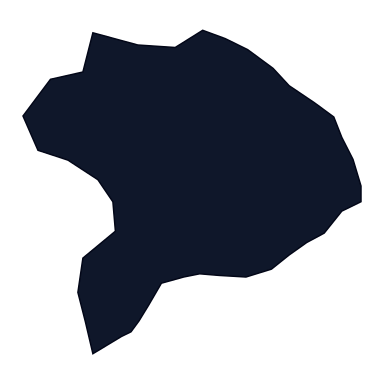 outline of Agios Efstathios, Cyprus
{"feature_id": "46923920B27642326051003", "entity_name": "Agios Efstathios", "entity_type": "district", "adm_level": 2, "iso_a3": "CYP", "parent_name": "Cyprus", "parent_adm1": "", "projection": "robinson", "projection_center": [34.021, 35.386], "detail": "fine", "context": "isolated", "style": "filled", "palette": "ink", "viewbox_px": 384, "rotation_deg": 0, "n_neighbors": 0, "source": "geoboundaries", "source_scale": "gbopen_adm2", "svg_char_len": 602}
<svg xmlns="http://www.w3.org/2000/svg" viewBox="0 0 384 384"><path d="M92.9,353.7L121.4,336.5L131.0,331.8L139.0,320.9L148.6,305.2L161.4,283.2L183.7,277.0L199.7,273.8L218.8,275.4L246.0,277.0L271.5,269.1L289.1,255.0L306.7,242.5L324.2,233.1L341.8,211.1L361.0,201.7L361.0,186.0L353.0,159.4L341.8,137.4L333.8,117.0L314.6,102.9L289.1,85.7L273.1,68.4L247.6,49.6L225.2,38.6L202.7,30.3L175.2,47.5L137.8,45.0L92.9,32.8L82.9,72.0L50.5,79.3L23.0,116.0L38.0,150.3L67.9,160.1L97.9,179.7L112.9,201.8L115.4,231.2L82.9,258.1L77.9,292.4L85.4,321.8L92.9,353.7Z" fill="#0f172a" stroke="#020617" stroke-width="1.5"/></svg>